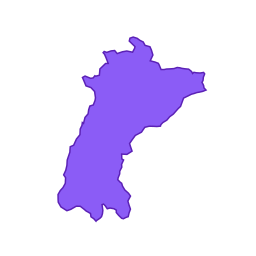 Tsada, Paphos, Cyprus (Robinson projection), rotated 71°
{"feature_id": "46923920B10097570546331", "entity_name": "Tsada", "entity_type": "district", "adm_level": 2, "iso_a3": "CYP", "parent_name": "Cyprus", "parent_adm1": "Paphos", "projection": "robinson", "projection_center": [32.485, 34.834], "detail": "fine", "context": "isolated", "style": "filled", "palette": "violet", "viewbox_px": 256, "rotation_deg": 71, "n_neighbors": 0, "source": "geoboundaries", "source_scale": "gbopen_adm2", "svg_char_len": 2080}
<svg xmlns="http://www.w3.org/2000/svg" viewBox="0 0 256 256"><g transform="rotate(71 128 128)"><path d="M51.6,85.6L49.0,88.2L46.2,90.1L43.7,93.5L43.7,96.9L46.2,98.5L53.3,94.9L54.8,95.8L57.8,99.0L54.8,104.1L54.1,108.5L54.1,114.0L50.4,115.4L49.6,118.9L49.6,123.5L47.9,125.6L48.7,127.0L50.6,126.2L54.2,125.9L60.5,125.7L59.7,128.2L63.0,135.3L68.8,137.9L68.5,141.7L67.8,142.3L69.3,144.6L68.9,147.1L64.9,151.7L65.4,154.6L69.4,154.3L74.5,154.0L77.7,149.9L82.6,147.7L88.8,148.9L91.1,150.1L94.9,153.3L94.8,156.9L98.0,159.3L101.6,161.1L104.0,165.2L109.2,168.6L108.0,169.4L110.6,170.7L113.4,173.5L118.7,175.6L120.0,177.7L121.7,180.4L126.6,185.0L126.9,188.7L130.1,190.1L131.9,190.8L138.5,195.9L143.4,197.9L147.7,200.6L151.4,204.1L154.7,203.2L159.9,205.3L163.2,208.9L165.1,212.4L168.1,215.8L173.3,217.5L175.5,218.1L180.8,217.1L186.3,212.7L186.3,208.6L185.1,202.4L186.5,198.6L190.3,196.1L192.9,194.6L194.4,193.2L196.6,191.3L199.9,191.9L202.6,189.9L205.7,188.6L205.3,188.1L204.2,183.9L203.2,181.9L200.8,180.1L197.7,178.6L192.0,177.5L192.0,175.9L194.0,174.9L197.6,173.9L197.8,171.1L199.8,167.5L201.9,165.8L204.1,166.6L207.5,165.3L211.3,163.4L212.3,161.9L211.9,159.2L211.9,156.7L208.6,154.6L205.5,152.1L201.1,152.1L197.0,151.9L193.2,147.8L189.8,148.8L185.5,151.2L181.2,152.1L178.2,152.0L176.4,153.2L173.5,154.5L171.8,153.5L168.7,150.8L166.2,149.9L163.0,146.6L160.3,145.9L156.8,142.6L155.2,143.9L150.6,142.5L152.6,137.6L151.2,131.7L147.1,131.7L143.2,131.6L140.4,127.8L137.4,123.5L136.3,116.6L132.8,111.9L133.2,107.4L134.8,103.1L136.0,100.2L136.8,96.7L135.5,95.8L134.2,93.3L133.2,88.7L130.9,84.9L129.6,80.6L125.9,74.1L124.7,71.3L117.8,65.7L116.7,57.0L116.9,54.3L116.9,51.4L117.3,49.0L117.7,45.4L117.5,41.9L114.8,43.1L112.7,42.7L111.1,42.8L109.0,43.2L107.5,41.6L104.5,40.2L101.8,37.9L100.1,38.4L99.5,41.9L98.1,45.3L96.8,47.6L97.5,49.2L95.3,49.5L92.1,51.5L90.6,54.8L89.1,57.7L88.0,59.3L86.8,61.8L86.8,65.1L85.7,69.3L84.8,72.3L84.5,74.7L83.5,77.7L78.5,78.0L76.7,78.3L74.5,80.9L71.7,85.1L67.1,80.7L61.8,80.5L58.3,80.8L55.4,85.0L51.6,85.6Z" fill="#8b5cf6" stroke="#5b21b6" stroke-width="1.5"/></g></svg>